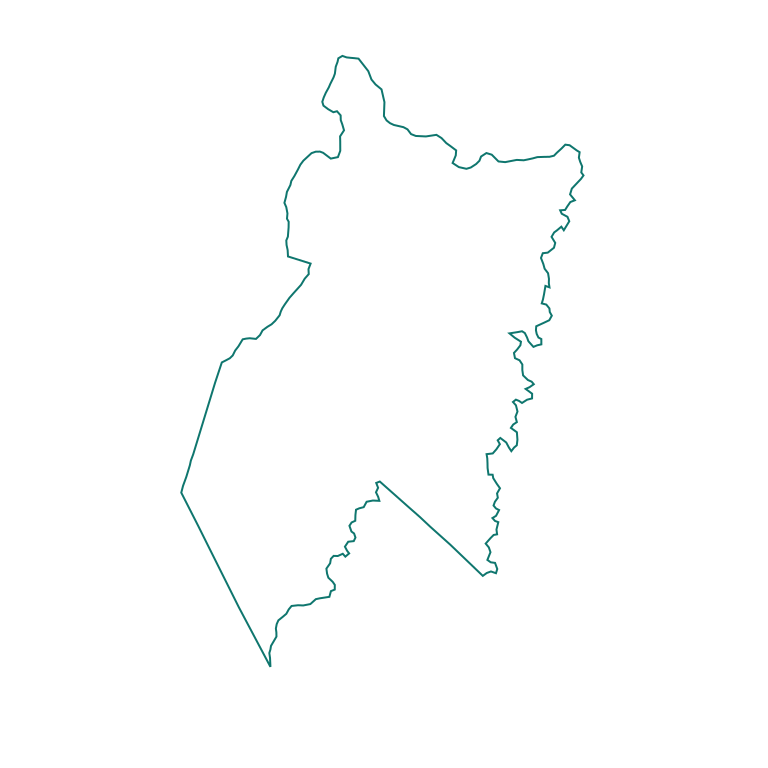 outline of Assis Chateaubriand, Paraná, Brazil, rotated 17°
{"feature_id": "56859067B81023332218751", "entity_name": "Assis Chateaubriand", "entity_type": "district", "adm_level": 2, "iso_a3": "BRA", "parent_name": "Brazil", "parent_adm1": "Paraná", "projection": "mercator", "projection_center": [-53.556, -24.444], "detail": "fine", "context": "isolated", "style": "outline", "palette": "teal", "viewbox_px": 768, "rotation_deg": 17, "n_neighbors": 0, "source": "geoboundaries", "source_scale": "gbopen_adm2", "svg_char_len": 4079}
<svg xmlns="http://www.w3.org/2000/svg" viewBox="0 0 768 768"><g transform="rotate(17 384 384)"><path d="M487.4,102.1L484.9,106.9L481.7,112.3L479.8,116.0L475.9,118.3L470.4,120.1L464.3,122.2L460.2,124.8L455.2,127.6L452.2,129.2L445.4,130.9L435.0,136.4L428.4,137.7L420.0,133.2L414.4,133.2L410.3,138.1L410.0,142.6L407.8,146.7L403.7,151.6L399.9,154.1L392.2,154.7L385.0,152.6L385.8,144.4L384.7,139.5L378.1,137.1L373.1,135.4L367.1,132.0L361.3,130.4L351.7,135.0L341.9,137.5L336.8,137.1L332.0,133.6L327.5,132.7L317.7,133.4L313.5,132.8L309.4,131.2L305.6,127.8L302.0,114.3L299.4,109.8L295.5,103.0L288.3,100.0L283.0,96.5L277.5,89.4L264.5,80.3L260.2,81.1L256.4,81.9L252.7,82.6L248.3,82.4L245.1,85.9L245.4,89.5L245.1,94.7L246.3,101.6L246.1,105.6L244.9,112.7L244.5,116.4L243.2,122.6L242.6,127.6L242.5,132.2L244.7,135.5L250.2,137.5L256.1,138.9L259.3,136.9L264.0,139.8L265.5,144.3L268.2,147.9L271.6,153.1L269.6,160.0L271.2,164.8L274.0,173.8L273.6,180.5L267.2,184.0L258.2,180.7L254.8,180.5L250.8,181.8L247.2,184.4L241.6,194.0L239.9,198.7L239.0,204.0L237.5,211.4L236.0,216.9L236.3,221.1L235.0,228.7L235.6,233.6L235.8,239.9L238.8,243.4L241.8,249.1L242.9,254.3L245.4,256.7L247.0,262.2L249.0,271.2L248.6,275.3L250.2,279.6L252.7,284.1L254.9,290.1L278.6,290.3L278.2,296.2L279.9,300.9L277.4,306.4L275.7,313.4L273.6,317.9L271.2,323.0L268.4,329.2L265.9,336.8L264.6,341.3L264.1,344.9L264.1,348.8L261.5,355.4L259.0,359.8L255.8,363.4L252.2,368.2L251.1,373.5L248.4,378.3L242.2,379.5L238.9,380.9L235.8,382.6L233.8,390.5L231.9,395.5L231.0,400.9L229.0,404.5L225.8,407.7L222.6,410.8L222.1,432.1L222.1,452.3L222.1,507.1L221.7,513.7L222.1,518.5L222.1,530.6L221.6,540.2L221.9,547.2L247.7,573.9L262.2,589.2L310.6,640.1L358.1,687.7L355.1,679.3L353.0,674.8L353.0,671.1L352.5,667.5L355.0,657.0L353.7,653.0L352.1,649.5L351.6,645.0L352.1,640.9L355.3,636.2L357.8,632.3L358.8,627.4L360.5,623.3L366.5,620.7L371.5,619.4L377.9,616.0L381.7,609.7L385.1,607.8L394.0,603.5L393.8,597.6L397.0,595.0L395.7,590.5L392.8,588.2L387.4,585.5L385.0,582.0L382.9,577.4L384.9,571.2L384.3,566.7L386.1,563.1L390.1,562.0L394.2,558.4L397.5,560.4L400.2,556.2L397.5,554.3L394.2,551.0L395.9,545.3L401.0,543.1L401.6,539.2L399.1,535.7L396.0,534.6L392.4,529.7L393.5,525.9L396.5,523.2L395.0,517.7L394.0,512.4L396.7,510.1L400.6,507.7L401.8,501.7L407.4,498.7L413.7,497.1L411.4,493.6L408.0,489.9L408.7,485.0L405.5,480.9L408.5,478.5L442.6,494.1L457.4,500.8L469.8,506.9L494.4,518.3L534.6,538.6L537.5,534.7L541.1,532.0L546.4,532.2L546.4,527.8L542.5,522.6L538.2,523.3L534.3,522.0L535.0,513.7L532.0,509.6L527.9,506.9L530.9,500.3L533.0,496.3L536.1,494.7L534.1,490.3L533.9,486.3L533.7,482.7L530.2,482.5L526.9,480.5L529.7,477.3L530.9,470.9L527.5,470.3L524.3,468.2L524.5,464.2L526.1,459.5L524.1,455.6L525.4,449.8L521.1,446.5L516.0,442.1L514.4,439.0L510.4,440.1L507.6,434.0L506.1,429.4L504.5,424.9L502.6,421.1L508.3,418.6L510.6,413.5L512.4,407.7L509.2,404.6L511.0,401.6L518.0,404.2L522.1,408.3L525.4,411.0L527.0,406.7L528.9,403.8L527.9,398.3L525.2,391.3L518.2,388.9L519.4,385.0L522.2,381.6L519.3,377.0L519.7,371.3L516.4,365.8L512.6,363.5L514.7,360.4L518.1,360.7L521.5,361.8L525.4,357.2L529.8,354.5L528.5,350.0L520.9,347.3L524.1,344.5L527.3,340.4L524.5,338.6L520.4,338.1L514.5,335.1L512.2,330.2L510.6,324.9L506.7,321.7L501.7,321.0L499.2,316.3L501.2,312.2L503.1,307.1L502.6,303.5L495.4,301.5L489.2,298.9L496.4,295.4L500.6,293.2L503.8,294.1L507.2,297.7L509.6,300.9L516.0,304.8L519.2,302.2L522.9,300.1L521.3,295.0L518.1,294.4L515.4,291.5L513.6,288.2L512.7,284.3L518.9,278.8L523.4,274.7L524.5,269.6L521.5,266.7L520.1,263.4L516.0,260.6L511.3,260.8L511.3,256.7L510.8,251.4L509.7,243.0L514.0,243.2L512.1,239.3L511.0,235.2L508.5,230.1L503.9,226.8L501.3,222.7L497.3,217.6L497.6,212.5L502.2,210.5L506.7,204.0L506.5,199.0L501.2,194.3L502.4,189.3L504.5,186.5L507.6,181.7L511.0,184.4L513.6,174.2L510.6,170.5L504.2,169.2L501.7,166.4L506.3,164.6L507.4,160.5L509.0,155.5L512.8,152.5L506.5,148.3L506.5,142.2L512.4,130.3L513.8,126.2L510.8,124.0L509.9,118.0L506.7,114.2L504.2,110.6L503.3,105.1L500.1,104.3L491.7,101.4L487.4,102.1Z" fill="none" stroke="#0f766e" stroke-width="2"/></g></svg>